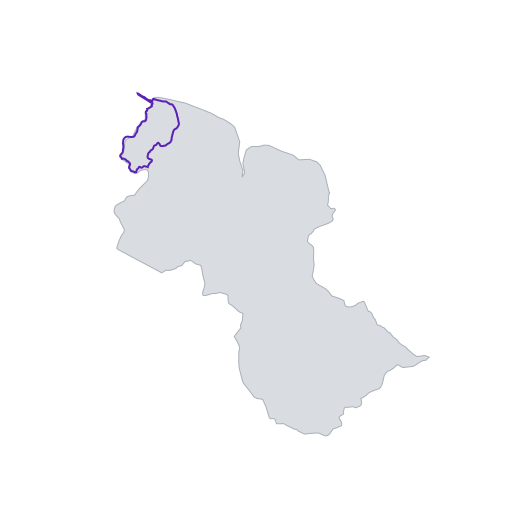 I-1 Barima, Barima-Waini, Guyana (highlighted), rotated 340°
{"feature_id": "73187651B60550575754674", "entity_name": "I-1 Barima", "entity_type": "district", "adm_level": 2, "iso_a3": "GUY", "parent_name": "Guyana", "parent_adm1": "Barima-Waini", "projection": "mercator", "projection_center": [-60.025, 7.862], "detail": "fine", "context": "in_parent", "style": "outline", "palette": "violet", "viewbox_px": 512, "rotation_deg": 340, "n_neighbors": 0, "source": "geoboundaries", "source_scale": "gbopen_adm2", "svg_char_len": 8618}
<svg xmlns="http://www.w3.org/2000/svg" viewBox="0 0 512 512"><g transform="rotate(340 256 256)"><path d="M161.7,239.6L150.6,227.2L139.4,214.8L128.5,202.6L127.8,200.9L132.3,195.1L136.4,190.9L139.8,188.5L141.4,186.4L140.2,177.5L140.3,174.2L138.7,170.7L137.5,166.8L138.9,163.5L140.6,161.2L142.7,160.3L147.8,159.5L151.4,159.2L152.7,157.8L154.8,156.3L157.5,156.2L162.9,157.3L165.4,155.3L169.8,152.6L179.8,148.0L182.0,144.9L183.6,140.3L183.4,138.0L182.4,137.2L179.9,136.4L176.1,136.3L173.1,137.5L170.0,136.9L167.3,134.0L167.2,131.6L168.7,128.2L167.8,126.0L162.8,118.8L162.9,116.9L166.5,113.7L168.6,110.9L171.4,104.4L173.6,102.2L180.5,101.5L182.3,100.1L185.9,96.6L191.1,92.7L198.7,89.6L200.9,83.8L202.3,82.3L208.3,79.3L209.4,77.6L209.2,76.2L199.5,63.4L201.4,64.3L209.0,72.6L213.1,74.5L214.0,74.5L214.1,72.3L217.9,73.2L227.8,79.0L242.2,88.4L262.5,106.3L268.3,113.1L272.2,116.3L278.2,124.1L280.0,127.9L279.8,143.1L274.5,153.3L273.2,161.0L272.9,171.3L269.8,177.2L273.9,174.0L275.2,164.7L278.7,159.1L283.3,152.9L289.4,151.5L295.9,154.1L301.2,154.5L305.9,156.4L315.8,166.2L325.5,174.0L329.0,180.3L339.3,183.4L345.3,188.3L347.3,192.6L348.5,203.7L346.5,220.6L347.0,221.4L344.3,224.7L343.8,226.8L342.0,230.6L340.6,232.6L342.6,237.3L344.9,237.5L345.8,238.1L346.4,239.0L346.3,240.0L345.4,240.8L343.1,242.0L341.0,244.6L341.2,247.6L339.9,249.1L335.7,250.0L327.4,250.0L323.3,250.2L320.1,250.7L317.9,252.6L315.2,253.9L313.1,254.2L311.2,256.5L309.3,259.6L309.9,261.8L311.9,264.7L313.0,267.6L311.5,272.4L309.9,276.1L308.9,278.9L307.6,284.3L304.4,290.2L302.1,293.6L302.1,297.3L303.3,302.5L309.8,310.1L311.9,313.8L313.7,319.6L319.6,324.2L323.3,327.9L322.9,332.8L323.4,334.3L325.7,335.6L328.5,336.5L331.6,336.4L334.3,336.0L335.0,335.3L341.4,335.2L342.1,336.5L342.4,343.5L342.7,346.4L344.2,347.5L345.1,349.3L345.2,350.9L345.5,354.8L346.4,356.9L346.3,361.1L346.9,362.7L348.7,363.7L350.9,366.7L351.7,367.1L352.2,368.2L354.1,372.5L355.0,373.8L355.7,374.0L356.0,375.4L357.4,379.5L358.3,380.5L360.1,383.4L360.8,386.6L363.2,390.2L365.6,392.8L366.6,395.4L369.7,401.3L372.7,405.4L376.7,406.5L380.1,407.0L382.2,408.6L384.2,410.3L382.0,411.1L380.0,412.1L377.3,411.3L373.4,411.8L369.4,412.9L365.8,413.5L358.8,411.7L356.7,411.4L355.3,410.6L352.4,407.0L351.0,406.6L347.3,408.3L342.8,409.4L340.6,409.2L338.1,410.4L335.7,412.1L331.1,419.1L328.7,421.6L326.2,422.8L321.1,422.7L315.6,423.0L311.6,424.7L307.8,425.6L305.9,425.7L305.2,429.6L304.3,431.4L303.1,432.4L300.2,432.7L297.5,432.6L295.9,430.9L292.9,430.1L290.3,429.6L288.5,428.6L287.2,428.9L286.0,430.5L285.1,431.9L284.3,434.4L280.2,435.2L278.5,436.6L279.5,441.4L279.1,443.3L278.2,444.7L273.3,445.0L269.2,444.9L266.8,446.6L263.8,448.7L262.0,449.1L259.9,448.9L257.1,446.6L254.3,443.7L247.5,441.6L240.6,439.9L236.1,435.3L235.1,433.0L233.0,432.0L227.6,426.5L224.7,423.0L221.5,422.0L217.9,420.6L218.0,418.0L217.8,415.5L216.2,414.5L214.0,413.9L213.2,412.5L213.4,409.3L213.8,400.9L213.2,393.0L208.3,390.2L206.2,388.3L202.5,376.5L200.7,371.2L200.7,367.3L201.9,355.5L203.3,350.4L207.1,340.2L209.3,336.7L209.4,334.1L209.2,330.8L208.0,324.2L214.5,320.1L217.2,318.4L217.7,315.6L221.1,312.1L222.6,308.7L223.9,306.1L223.5,304.7L222.1,303.9L220.3,301.4L216.6,294.2L215.2,292.8L214.1,290.7L214.7,287.6L216.1,284.1L215.9,282.7L213.7,280.8L209.1,277.7L205.3,277.5L202.4,276.3L198.1,276.2L194.6,275.8L192.7,274.7L193.1,272.8L193.9,271.3L196.8,267.7L198.8,263.8L199.0,260.0L199.6,255.1L200.5,250.7L200.9,245.9L196.4,242.6L194.9,240.0L193.0,237.7L190.9,237.7L187.8,236.7L182.9,239.7L179.1,239.2L176.4,240.3L170.3,240.1L166.4,238.6L161.7,239.6Z" fill="#d9dde1" stroke="#a8b0b8" stroke-width="1"/><path d="M212.7,73.4L212.0,74.4L211.7,74.3L211.3,74.7L211.2,75.0L210.9,75.0L209.9,74.9L209.7,74.5L209.8,74.0L209.8,73.5L209.5,73.4L208.9,73.2L208.4,72.8L208.0,72.5L206.6,70.7L205.7,69.0L205.5,68.6L204.4,67.7L203.0,66.2L201.2,63.5L200.9,63.2L200.7,63.0L200.5,62.9L200.7,64.1L207.1,72.2L207.2,72.3L209.5,75.4L209.7,75.6L210.2,75.9L210.6,76.3L210.7,76.6L210.9,76.7L211.0,77.1L210.9,77.3L210.8,77.5L210.6,77.8L210.2,78.1L209.8,78.2L209.7,78.4L209.6,78.5L209.4,79.4L209.4,79.6L209.2,79.8L208.3,79.9L206.9,80.2L206.5,80.3L205.5,80.4L205.0,80.5L204.5,80.6L204.1,80.6L203.9,80.6L203.7,81.4L203.5,81.9L203.3,82.2L203.2,82.3L202.5,82.4L202.3,82.4L202.1,82.6L201.8,82.8L201.7,82.9L201.6,83.2L201.3,84.0L201.3,84.3L201.5,84.7L201.5,84.9L201.6,85.2L201.6,85.4L201.1,86.0L200.9,86.4L200.8,86.8L200.8,87.6L200.7,87.9L200.6,88.1L199.7,89.6L199.3,90.3L199.1,90.6L198.9,90.8L198.4,91.1L197.8,91.2L197.6,91.3L197.1,91.2L196.8,91.2L196.4,91.1L195.9,90.8L195.5,90.7L194.9,90.9L194.3,91.1L193.9,91.5L193.6,91.8L193.3,92.3L193.0,92.5L192.8,92.6L192.7,92.8L192.1,93.3L191.7,93.5L191.1,93.7L190.7,94.1L190.3,94.2L190.1,94.2L189.9,94.2L189.2,94.4L189.0,94.5L188.8,94.6L188.6,94.9L188.5,95.1L188.4,95.8L188.0,96.4L187.8,96.7L187.5,97.3L187.1,98.0L186.7,98.6L186.2,99.0L185.4,99.5L184.4,100.3L183.2,101.5L182.7,101.8L182.2,102.0L181.7,102.1L181.2,102.0L180.5,101.8L180.0,101.7L179.5,101.5L178.9,101.2L178.3,101.0L176.2,99.9L175.2,99.7L174.5,99.6L173.9,99.7L173.3,99.9L172.7,100.2L172.2,100.5L171.6,100.9L171.2,101.4L170.5,102.5L170.3,103.0L170.0,103.7L169.5,104.6L169.2,106.5L169.1,107.0L168.9,107.5L168.4,108.8L168.1,109.4L167.5,110.2L167.3,110.7L166.7,112.1L166.3,112.7L165.8,113.2L165.4,113.5L164.5,113.9L164.0,114.2L163.4,114.6L162.9,114.9L162.6,115.5L162.5,116.1L162.6,116.6L163.1,117.1L163.2,117.6L163.1,118.3L163.2,118.9L163.9,119.0L164.4,119.0L164.9,119.2L165.3,119.5L165.8,120.0L166.1,120.4L166.5,120.8L166.8,121.3L166.9,122.0L167.1,122.5L167.6,122.8L168.1,123.3L168.7,124.5L169.0,125.1L169.1,125.6L169.2,126.2L169.0,126.8L168.2,127.7L167.5,128.4L167.0,129.3L166.9,129.9L166.9,130.4L167.2,130.9L167.4,131.5L167.5,132.1L167.4,132.6L167.6,133.2L168.1,133.5L168.4,133.9L168.8,134.0L169.2,134.3L169.7,134.7L170.1,135.1L170.6,135.5L171.1,135.8L171.4,136.2L171.9,136.3L172.2,135.8L172.6,135.5L173.0,135.0L173.3,134.4L173.6,134.0L174.1,133.8L175.2,133.4L175.8,133.0L176.2,132.6L176.7,132.3L177.3,132.5L177.7,133.0L178.0,133.5L178.4,133.8L179.0,133.9L179.7,133.8L180.3,133.6L180.9,133.3L181.4,133.3L182.0,133.5L182.4,133.7L183.0,134.2L183.5,134.5L184.2,134.9L184.7,135.4L184.9,135.0L185.2,134.6L185.6,134.2L186.0,133.9L186.4,133.7L186.7,133.3L186.9,132.9L187.4,132.8L188.0,132.4L188.4,132.2L188.9,131.8L189.5,131.8L190.0,131.6L190.4,131.3L190.7,130.9L190.9,130.5L190.9,130.0L190.5,129.6L190.2,129.2L189.8,128.9L189.3,128.7L188.9,128.3L188.5,127.9L188.2,127.4L188.0,126.9L187.9,126.4L188.0,125.8L188.2,125.3L188.5,124.8L188.8,124.3L189.1,123.9L189.4,123.4L189.7,123.0L190.1,122.6L190.5,122.3L190.9,122.1L191.3,121.9L191.8,121.9L192.3,121.5L192.6,121.2L193.2,120.8L193.7,120.6L194.3,120.6L194.7,120.6L195.3,120.3L195.7,120.1L196.1,119.7L196.4,119.3L196.9,118.8L197.2,118.3L197.5,118.0L197.9,117.6L198.4,117.4L198.9,117.5L199.4,117.5L199.9,117.5L200.3,117.5L200.7,117.2L201.1,116.9L201.5,116.5L201.9,116.3L202.4,116.1L202.9,116.2L203.2,116.7L203.5,117.1L203.6,117.6L203.7,118.0L203.7,118.6L203.8,119.0L203.8,119.6L204.1,120.0L204.5,120.3L204.9,120.4L205.4,120.6L205.8,120.8L206.3,120.9L206.7,120.9L207.3,120.9L207.9,121.1L208.3,121.3L208.9,121.2L209.4,121.1L209.8,120.9L210.4,120.7L210.9,120.6L211.3,120.4L211.8,120.4L212.4,120.3L213.0,120.2L213.5,120.1L213.9,120.0L214.3,119.7L214.7,119.5L215.1,119.2L215.5,118.9L215.9,118.5L216.2,118.1L216.4,117.7L216.6,117.3L216.9,117.0L217.0,116.4L217.3,115.9L217.5,115.5L217.8,115.1L218.4,114.3L218.6,114.0L218.9,113.5L219.3,112.9L219.6,112.6L219.9,112.0L220.3,111.4L220.7,111.0L221.0,110.6L221.4,110.1L221.7,109.8L222.4,109.4L222.9,109.1L223.4,109.1L223.9,109.0L224.3,108.9L224.7,108.9L225.2,108.7L225.6,108.5L226.2,108.1L226.6,107.8L227.0,107.4L227.5,107.0L228.0,106.7L228.3,106.2L228.7,105.6L228.9,105.1L229.0,104.7L229.1,104.2L229.1,103.7L229.1,103.2L229.1,102.7L229.3,102.2L229.4,101.5L229.4,101.0L229.5,100.6L229.6,100.1L229.7,99.6L229.7,98.9L229.8,98.3L229.8,97.8L229.8,97.2L229.9,96.6L230.0,96.1L230.2,95.5L230.3,95.0L230.2,94.4L230.2,94.0L230.2,93.3L230.2,92.8L230.3,92.3L230.3,91.6L230.2,91.1L230.2,90.4L230.2,89.9L230.2,89.3L230.1,88.7L229.9,88.2L229.9,87.7L229.8,87.2L229.6,86.6L229.5,85.9L229.3,85.5L229.0,85.1L228.8,84.7L228.4,84.4L227.8,84.3L227.4,84.1L226.9,83.8L226.6,83.4L226.5,82.9L226.2,82.6L225.9,82.2L225.6,81.9L225.3,81.4L225.0,80.9L224.6,80.4L224.3,80.0L223.8,79.8L223.3,79.6L222.7,79.5L222.3,79.3L221.8,79.1L221.4,78.9L220.9,78.6L220.4,78.3L220.0,78.0L219.6,77.7L219.2,77.4L218.8,77.1L218.4,76.9L218.0,76.7L217.4,76.3L216.9,76.0L216.4,75.6L216.0,75.3L215.6,74.9L215.1,74.6L214.6,74.4L214.3,73.9L213.9,73.7L213.5,73.4L213.0,73.3L212.7,73.4Z" fill="none" stroke="#5b21b6" stroke-width="2"/></g></svg>